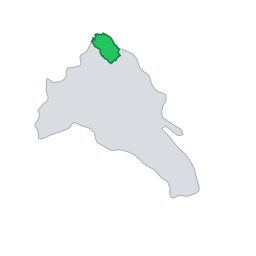 Monte Cristi highlighted on a map of Dominican Republic, rotated 37°
{"feature_id": "DOM-1964", "entity_name": "Monte Cristi", "entity_type": "Province", "adm_level": 1, "iso_a3": "DOM", "parent_name": "Dominican Republic", "parent_adm1": "", "projection": "albers", "projection_center": [-71.5, 19.721], "detail": "fine", "context": "in_parent", "style": "filled", "palette": "green", "viewbox_px": 256, "rotation_deg": 37, "n_neighbors": 0, "source": "natural_earth", "source_scale": "10m", "svg_char_len": 2209}
<svg xmlns="http://www.w3.org/2000/svg" viewBox="0 0 256 256"><g transform="rotate(37 128 128)"><path d="M45.6,168.0L45.8,159.1L47.2,155.4L45.9,151.6L40.2,147.5L36.7,142.3L33.6,137.6L34.3,136.9L40.6,136.7L42.7,135.0L46.9,130.3L47.8,126.5L47.4,123.6L44.7,120.1L43.6,116.5L47.0,113.3L51.4,108.7L52.0,106.9L51.9,105.1L46.8,100.2L46.4,98.1L48.8,92.8L48.6,89.3L46.3,78.4L45.1,76.7L47.4,75.8L48.9,72.5L50.9,69.6L53.5,68.1L56.5,67.1L62.4,67.2L70.6,69.7L72.9,69.7L80.8,67.3L87.3,66.0L93.5,67.5L96.0,69.4L101.1,72.6L103.6,73.5L111.7,73.4L113.9,73.7L120.6,78.8L126.3,80.8L129.6,80.9L135.5,78.9L138.5,78.9L141.9,83.3L142.6,89.7L145.5,95.4L149.8,99.0L171.0,97.3L175.8,100.2L174.2,102.8L171.3,104.1L161.1,103.7L156.7,104.0L155.8,106.5L155.8,108.8L161.8,109.3L167.6,110.4L173.5,112.2L179.6,113.4L186.4,114.1L193.1,115.4L204.3,119.8L216.8,129.9L220.1,132.2L222.4,135.4L221.4,139.4L217.1,146.0L214.6,148.2L211.0,149.5L208.6,152.2L206.2,156.9L204.8,157.3L203.0,157.1L200.0,154.6L197.8,150.6L191.8,147.0L184.7,147.6L174.3,145.5L168.0,146.6L161.6,147.0L155.2,145.9L148.7,145.6L142.2,147.1L135.9,149.5L133.6,151.0L129.6,154.8L127.5,156.2L112.1,158.2L107.7,155.5L103.6,151.8L97.7,151.3L89.2,154.2L83.8,155.3L81.7,156.5L81.0,157.9L81.0,163.1L79.8,166.3L71.5,178.3L66.8,186.8L64.8,189.4L62.6,190.0L58.5,185.1L55.9,183.3L52.6,182.5L51.2,179.9L51.3,176.2L50.4,172.6L48.4,169.8L45.6,168.0Z" fill="#d9dde1" stroke="#a8b0b8" stroke-width="1"/><path d="M46.8,80.5L46.9,79.6L46.7,78.7L46.3,77.2L47.2,77.4L48.2,77.9L48.0,76.8L47.1,74.7L47.1,74.1L47.1,73.7L45.7,73.7L45.6,73.1L46.1,72.2L46.9,71.3L47.2,71.2L47.4,71.1L48.0,71.1L48.3,71.0L48.9,70.3L49.2,70.0L49.8,69.8L50.3,69.7L50.7,69.5L51.3,68.9L51.0,68.2L50.9,67.6L51.2,67.2L51.8,67.0L52.2,67.1L52.9,67.4L53.2,67.4L53.4,67.3L53.8,66.8L54.0,66.7L59.2,66.3L60.5,66.5L61.9,67.0L66.7,69.5L68.2,69.8L69.5,69.3L70.6,70.0L71.3,70.3L73.6,70.4L74.0,72.2L75.0,73.8L76.6,74.3L78.2,74.9L77.6,76.5L77.2,78.1L77.3,79.9L77.5,81.7L76.2,81.6L75.9,82.7L76.2,84.7L75.6,86.6L74.7,86.3L74.0,86.8L72.4,86.7L70.8,85.7L69.7,85.9L68.7,86.4L67.0,86.5L65.5,86.0L64.6,85.3L63.9,86.2L61.8,85.2L59.8,83.9L59.1,82.5L57.8,82.1L52.4,82.8L47.4,80.6L46.8,80.5Z" fill="#22c55e" stroke="#15803d" stroke-width="1.5"/></g></svg>